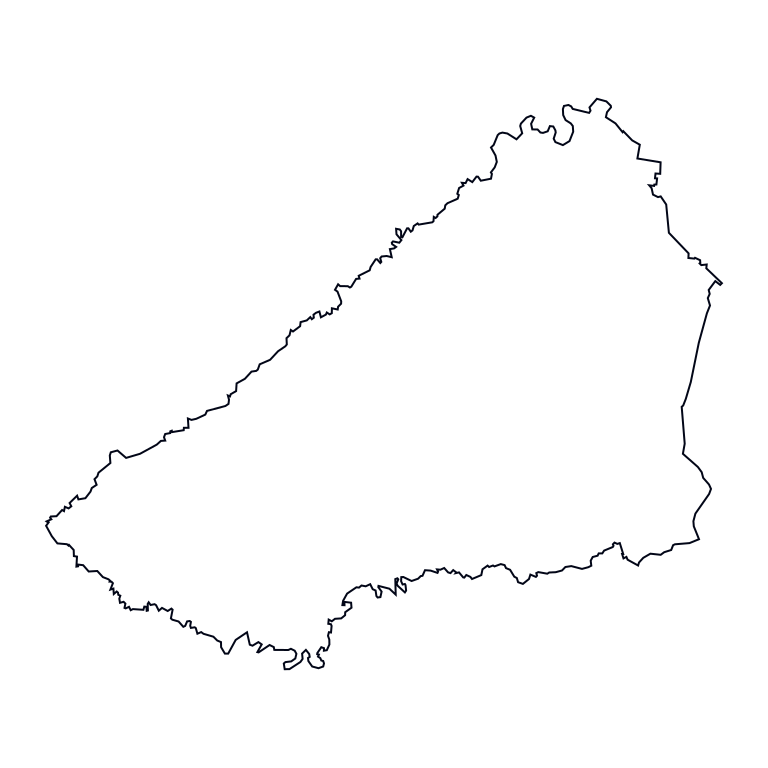 Paso de Ovejas, Veracruz, Mexico
{"feature_id": "50627088B17085270439419", "entity_name": "Paso de Ovejas", "entity_type": "district", "adm_level": 2, "iso_a3": "MEX", "parent_name": "Mexico", "parent_adm1": "Veracruz", "projection": "natural_earth1", "projection_center": [-96.462, 19.257], "detail": "fine", "context": "isolated", "style": "outline", "palette": "ink", "viewbox_px": 768, "rotation_deg": 0, "n_neighbors": 0, "source": "geoboundaries", "source_scale": "gbopen_adm2", "svg_char_len": 6089}
<svg xmlns="http://www.w3.org/2000/svg" viewBox="0 0 768 768"><path d="M589.1,112.9L572.7,108.9L571.2,106.4L568.4,105.0L564.0,105.9L562.9,109.1L563.2,115.1L565.6,120.1L570.8,123.4L572.8,126.0L573.2,131.7L569.5,141.1L562.9,145.1L555.4,142.1L553.7,138.7L555.7,132.5L555.4,130.4L553.3,126.5L549.9,126.1L547.7,131.3L543.0,132.9L540.4,132.5L537.6,129.5L532.3,129.4L531.1,123.8L534.2,117.6L530.9,115.8L526.5,117.6L520.9,123.6L520.2,126.0L522.2,133.3L516.5,139.3L507.4,133.5L502.4,132.6L499.4,133.5L497.7,135.1L493.7,144.9L491.0,147.5L495.5,155.5L496.8,161.9L494.7,167.4L490.9,172.4L491.9,173.9L491.0,178.7L480.8,180.7L478.0,176.7L476.5,176.6L472.3,182.1L467.6,179.1L465.6,183.1L461.9,182.8L463.5,185.6L459.1,188.0L457.3,193.8L458.8,195.0L457.7,198.7L447.5,203.2L445.3,205.3L444.7,208.7L437.5,214.7L437.4,216.4L435.6,218.0L433.8,216.9L433.5,221.2L432.3,222.3L418.7,224.6L417.6,223.4L413.8,226.0L412.5,230.4L410.8,231.7L408.4,228.3L407.1,228.3L402.4,237.3L401.1,236.8L401.1,231.3L399.8,229.5L396.1,228.8L396.5,234.3L401.4,240.1L399.3,242.7L393.0,241.4L391.8,242.7L392.2,244.2L396.1,246.9L394.1,248.4L389.9,249.1L391.7,257.2L386.7,256.0L381.6,256.5L380.2,258.2L381.3,261.9L380.3,263.0L377.1,259.3L375.7,259.3L370.6,267.0L369.7,270.3L358.7,275.8L359.5,278.6L356.1,278.9L351.3,286.7L349.9,287.5L347.8,286.2L340.1,286.1L338.1,284.3L335.0,289.8L337.5,291.6L341.2,301.3L341.1,303.7L338.1,306.7L337.7,309.5L331.9,308.3L331.8,313.2L329.7,314.4L326.8,312.5L325.9,314.6L320.9,317.3L319.4,311.5L316.0,312.8L313.5,314.7L313.8,317.7L311.8,319.2L310.3,317.1L306.8,320.4L300.6,322.1L300.1,326.2L293.0,331.5L290.8,330.0L289.5,335.3L286.5,338.2L286.8,344.5L285.3,346.3L278.1,351.2L270.1,359.8L259.7,364.3L257.8,369.6L256.2,370.9L251.5,371.6L244.9,378.8L236.6,383.4L236.1,391.1L230.7,394.2L230.0,396.4L227.9,395.5L229.0,399.7L228.5,403.9L225.4,406.0L207.0,410.9L205.3,414.6L196.3,418.8L191.5,419.9L187.9,418.5L188.5,427.8L183.9,427.8L183.7,430.2L172.1,432.1L171.8,430.7L170.3,431.3L170.1,433.1L165.2,434.0L164.0,437.2L165.2,440.6L160.9,440.9L156.8,444.6L140.0,453.8L126.1,457.9L117.5,450.5L110.8,452.3L109.8,455.5L110.4,463.0L98.5,472.7L97.3,476.4L94.5,479.2L96.6,484.8L91.8,488.0L90.5,491.6L85.4,498.2L78.4,499.4L77.1,495.7L69.6,503.0L71.3,506.3L68.6,508.4L64.9,506.8L64.0,511.1L62.1,510.0L56.5,516.2L50.8,516.5L50.1,517.7L51.3,519.3L46.6,521.4L48.0,522.4L49.2,521.6L46.1,525.8L51.8,536.2L57.4,543.4L66.9,544.2L68.5,545.6L69.0,544.9L73.7,550.0L73.9,556.1L77.0,556.6L76.4,566.6L78.1,566.3L78.4,564.6L83.2,565.2L88.7,571.5L97.3,571.0L102.9,577.1L108.5,579.3L110.2,580.8L109.7,581.6L111.6,581.8L112.9,583.2L110.4,589.6L113.4,588.6L113.8,594.0L116.7,591.5L118.0,592.6L118.3,594.8L120.3,595.7L119.3,598.7L120.0,602.8L123.6,601.8L125.4,603.6L124.5,607.9L125.7,608.4L129.0,606.8L130.7,610.2L132.9,609.1L143.4,609.8L144.3,606.6L146.4,606.8L146.7,610.8L147.9,610.5L147.7,603.9L148.7,602.3L150.6,605.0L154.6,604.2L156.1,605.2L158.8,610.7L162.0,607.9L167.7,611.0L171.4,608.6L172.6,609.7L170.9,618.4L172.3,619.7L178.6,621.5L183.3,626.8L185.2,625.9L187.1,621.4L189.7,621.0L190.9,621.9L190.2,625.8L190.9,627.9L194.7,627.3L195.8,628.1L197.4,633.7L201.2,632.1L203.5,633.8L213.4,636.7L217.2,640.5L221.0,642.1L221.1,647.2L224.9,653.6L228.2,653.6L235.7,639.9L247.0,632.3L249.8,644.7L252.5,645.7L258.4,642.1L261.7,644.4L257.4,652.1L258.6,652.4L269.6,645.0L273.8,647.1L274.3,649.9L288.3,650.0L290.9,648.8L294.7,650.7L296.4,653.8L295.3,658.5L291.2,661.4L285.4,662.1L283.8,663.5L284.7,669.2L289.5,669.1L300.4,662.0L302.6,658.9L302.1,653.6L305.9,649.9L309.2,654.0L309.7,656.9L308.0,658.0L308.4,661.1L312.2,666.5L318.5,668.2L323.2,666.5L324.0,663.4L323.2,661.0L321.3,660.5L320.3,658.1L318.0,656.6L318.9,654.6L317.2,654.2L317.3,653.1L321.3,647.2L324.0,648.2L323.9,650.7L326.8,650.2L329.4,644.5L329.3,639.6L328.0,635.8L328.9,632.2L331.0,632.5L331.6,625.9L330.9,624.2L328.3,623.8L328.7,619.6L331.8,621.3L335.0,618.8L341.2,618.4L345.1,615.2L345.2,612.2L351.5,607.7L351.1,602.7L344.4,601.9L344.5,605.2L342.4,605.1L343.1,600.8L347.1,593.6L356.4,587.3L359.0,587.6L361.5,585.5L365.7,586.3L370.2,584.2L372.7,589.2L375.6,590.5L376.4,596.0L377.6,597.5L380.4,597.1L381.6,591.6L378.3,587.1L378.5,585.9L389.4,588.7L395.7,594.6L395.3,579.1L397.4,578.3L398.3,579.3L396.6,583.5L397.6,585.7L404.9,592.4L406.1,590.6L405.5,585.0L404.9,584.0L402.6,584.5L401.1,581.2L401.3,577.1L403.3,577.0L411.6,581.0L418.1,578.7L420.7,576.1L422.5,575.8L425.0,570.2L430.6,570.6L437.5,572.9L438.1,571.6L437.0,569.4L440.4,569.7L444.2,568.0L448.1,572.4L450.5,573.1L453.2,570.1L456.4,572.5L455.9,573.1L459.0,572.4L463.2,577.4L464.3,577.6L466.3,575.0L470.4,576.9L472.0,579.0L481.3,575.1L482.5,569.3L487.6,565.6L489.1,567.0L493.0,565.5L494.5,566.4L500.8,564.1L504.6,565.1L506.0,568.1L510.1,569.8L514.3,576.7L516.8,578.0L518.1,582.2L522.9,583.9L529.0,579.0L530.4,574.6L535.9,576.9L537.0,575.7L536.3,573.1L538.3,572.1L547.3,573.7L549.2,572.5L555.7,572.2L562.0,570.5L565.4,567.0L571.3,566.1L582.0,568.9L588.3,567.2L591.3,565.7L590.7,560.7L592.7,557.0L597.6,555.7L598.7,553.4L602.3,553.4L604.1,550.6L612.8,547.0L613.5,545.8L612.9,544.3L614.5,542.6L617.3,543.9L619.8,543.1L623.2,554.0L622.1,554.0L623.5,558.4L626.4,556.9L627.6,559.7L638.1,565.5L639.0,562.5L643.3,557.8L650.4,553.7L660.7,554.8L664.2,552.2L671.2,550.0L673.1,545.2L674.9,544.3L689.5,543.1L699.0,539.2L693.8,526.3L693.4,521.2L695.4,513.6L709.1,494.0L711.0,488.9L709.0,484.5L703.2,477.9L701.7,472.2L697.9,467.0L682.9,453.8L684.7,443.7L681.7,406.8L683.2,405.5L685.8,398.9L690.8,382.0L698.8,342.8L706.9,313.3L710.0,305.5L707.8,298.1L709.7,293.9L708.7,290.0L715.3,281.1L720.2,284.9L721.9,283.2L706.3,268.3L706.7,264.5L701.3,265.1L699.6,263.4L700.3,262.8L700.1,260.2L695.0,257.8L694.3,258.6L688.4,258.0L688.6,253.4L668.9,232.8L666.2,204.5L660.7,196.4L658.0,197.1L653.0,194.6L651.6,188.2L649.2,185.3L654.1,185.9L654.3,184.6L656.4,184.5L657.1,178.4L655.0,178.3L655.5,173.5L660.2,173.8L660.6,162.3L637.4,158.5L639.8,144.7L632.2,140.4L623.3,131.2L622.6,132.2L615.5,123.4L605.9,117.2L607.0,112.2L611.0,107.3L610.8,105.8L606.4,101.4L596.9,98.8L589.5,107.4L590.5,110.7L589.1,112.9Z" fill="none" stroke="#020617" stroke-width="2"/></svg>